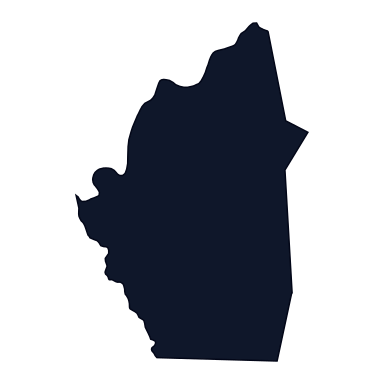 the district of St. Joseph Estate, Dennery, Saint Lucia
{"feature_id": "8701671B99871718233737", "entity_name": "St. Joseph Estate", "entity_type": "district", "adm_level": 2, "iso_a3": "LCA", "parent_name": "Saint Lucia", "parent_adm1": "Dennery", "projection": "equal_earth", "projection_center": [-60.918, 13.902], "detail": "fine", "context": "isolated", "style": "filled", "palette": "ink", "viewbox_px": 384, "rotation_deg": 0, "n_neighbors": 0, "source": "geoboundaries", "source_scale": "gbopen_adm2", "svg_char_len": 2966}
<svg xmlns="http://www.w3.org/2000/svg" viewBox="0 0 384 384"><path d="M78.9,208.2L78.8,210.3L78.7,213.9L79.0,216.3L79.9,218.4L81.2,220.8L82.7,222.2L83.6,223.4L84.8,225.7L85.7,228.2L87.4,233.3L88.1,235.2L89.3,236.4L89.9,237.7L90.5,238.0L94.2,239.6L97.0,240.6L98.1,241.6L99.4,243.2L100.1,244.5L100.9,245.7L103.7,246.6L106.4,246.8L107.6,247.6L108.1,248.3L108.7,250.3L108.7,251.1L108.7,253.5L105.3,258.3L105.3,259.0L105.5,261.2L106.5,264.0L107.0,265.5L107.0,266.7L106.1,269.0L105.2,271.6L105.1,272.4L105.6,274.1L107.2,275.5L107.8,276.4L108.2,277.2L108.7,279.0L109.3,279.7L110.6,279.7L112.0,279.6L113.1,280.2L115.7,281.6L117.2,282.1L120.3,282.1L121.2,282.6L122.0,283.1L123.3,284.3L123.9,286.1L124.6,288.8L124.7,289.7L124.7,291.1L125.0,292.8L125.3,294.2L126.5,295.6L128.2,298.6L128.9,300.9L129.4,303.6L129.5,307.1L129.7,308.1L130.2,308.9L132.7,310.4L134.9,311.6L136.9,313.1L137.9,314.8L139.0,317.3L139.4,317.6L141.6,318.9L143.3,319.9L144.0,320.9L144.7,323.4L145.3,327.2L146.6,329.9L148.1,332.9L149.8,336.6L150.7,339.2L152.6,339.8L155.0,341.0L155.6,342.4L155.4,343.9L154.5,345.7L152.0,347.7L151.5,349.1L151.9,350.8L154.1,353.4L155.2,355.6L156.9,357.6L277.1,361.0L291.7,293.0L292.1,292.9L285.0,171.0L284.9,170.1L307.9,132.3L285.7,120.8L268.1,31.8L267.5,31.0L265.1,30.2L263.0,29.4L262.0,28.8L260.6,28.2L258.8,27.0L256.6,23.0L253.0,23.2L252.3,23.7L250.4,25.2L249.1,26.4L245.4,30.7L243.7,31.9L242.9,32.4L241.2,33.5L240.0,35.3L238.5,38.0L238.1,39.3L237.9,39.8L237.2,41.3L236.5,42.6L235.9,43.6L235.2,44.6L233.7,45.6L232.0,46.3L230.8,46.7L225.3,48.6L225.0,48.8L218.4,50.4L215.6,51.3L215.2,51.5L213.2,53.0L212.4,54.2L212.0,54.7L210.8,56.9L209.9,59.1L209.6,59.8L208.1,64.7L206.9,67.6L205.3,72.6L203.3,77.0L203.1,77.3L201.2,80.8L199.7,82.6L199.1,83.4L197.3,84.3L196.6,84.5L194.2,85.7L193.3,86.0L191.7,86.4L187.5,87.3L183.9,87.3L179.8,86.4L175.7,84.7L173.1,82.5L169.4,80.4L166.9,79.9L165.7,79.7L164.1,79.5L163.3,79.5L161.4,79.9L160.1,80.8L159.9,80.9L159.7,81.4L158.8,83.1L157.3,87.4L155.5,92.9L154.9,94.9L152.8,98.1L150.6,100.3L147.2,102.1L144.9,103.3L144.0,104.3L142.1,106.5L140.9,108.8L140.5,109.4L138.1,114.4L137.5,115.4L135.9,119.2L134.3,123.0L132.6,127.1L131.2,131.4L128.9,139.6L128.4,144.1L128.1,146.5L127.8,157.1L127.7,162.1L127.7,163.4L126.7,169.1L125.5,172.5L125.2,173.1L124.7,173.8L123.5,174.8L122.5,175.5L119.7,175.5L117.6,174.2L117.4,174.0L115.7,172.0L114.1,170.3L113.2,169.8L112.4,169.3L111.1,168.6L109.2,168.3L108.9,168.2L105.9,168.0L104.3,168.1L103.5,168.1L99.8,169.0L99.4,169.1L98.4,169.7L97.4,170.3L96.5,171.1L95.1,172.4L93.9,174.5L93.7,174.9L92.9,177.8L92.7,179.7L93.0,181.4L93.1,182.3L94.2,184.7L94.6,185.1L95.4,186.0L96.5,187.5L97.4,188.6L98.5,190.4L99.0,191.3L99.2,191.7L99.4,192.2L99.3,193.4L99.2,194.3L99.0,195.5L97.7,196.3L97.4,196.4L94.2,197.8L90.7,199.0L89.6,199.8L85.9,201.3L83.8,201.4L82.0,201.5L81.7,201.3L80.7,200.7L79.7,199.5L79.2,198.9L78.7,198.0L78.2,197.0L77.8,196.7L76.1,195.4L78.9,208.2Z" fill="#0f172a" stroke="#020617" stroke-width="1.5"/></svg>